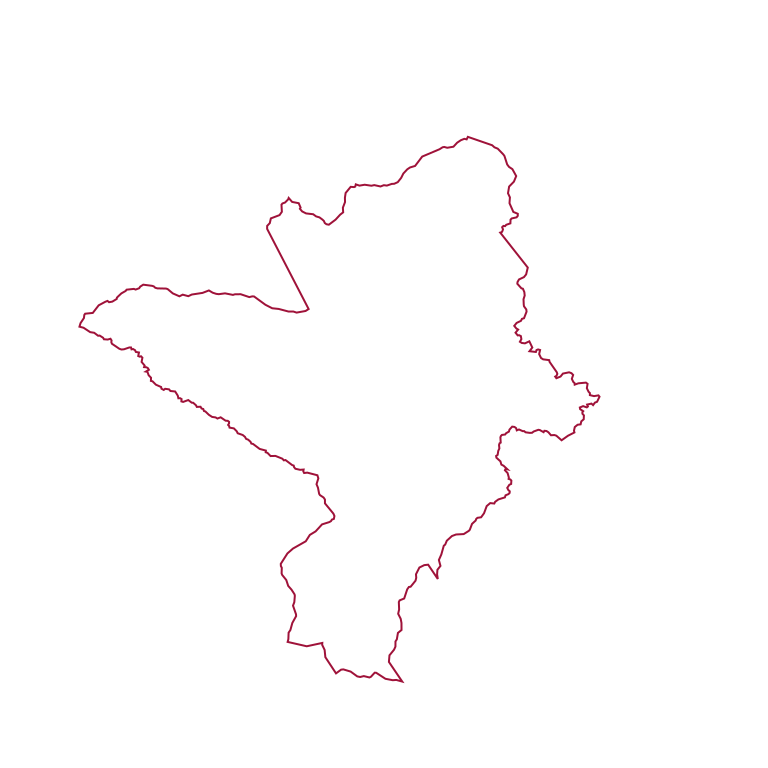 outline of Camapuã, Mato Grosso do Sul, Brazil, rotated 141°
{"feature_id": "56859067B86887033099940", "entity_name": "Camapuã", "entity_type": "district", "adm_level": 2, "iso_a3": "BRA", "parent_name": "Brazil", "parent_adm1": "Mato Grosso do Sul", "projection": "natural_earth1", "projection_center": [-53.845, -19.324], "detail": "fine", "context": "isolated", "style": "outline", "palette": "rose", "viewbox_px": 768, "rotation_deg": 141, "n_neighbors": 0, "source": "geoboundaries", "source_scale": "gbopen_adm2", "svg_char_len": 6166}
<svg xmlns="http://www.w3.org/2000/svg" viewBox="0 0 768 768"><g transform="rotate(141 384 384)"><path d="M558.9,518.0L557.1,518.0L554.4,515.1L554.4,513.0L551.0,509.6L551.6,504.7L552.8,502.3L551.4,501.3L550.8,499.7L552.4,498.0L551.4,496.5L546.2,494.7L545.2,490.5L544.1,489.5L543.5,485.7L543.9,484.0L540.9,481.8L541.2,479.7L540.2,478.3L540.9,476.3L540.1,475.1L539.5,470.3L538.3,466.6L535.9,464.0L535.2,462.0L531.9,460.9L530.2,455.2L528.6,453.7L528.2,452.1L529.2,450.9L530.9,450.3L530.8,448.8L531.5,447.3L528.6,444.0L528.2,439.9L528.7,437.8L525.9,433.3L525.3,430.4L525.7,428.2L524.6,426.2L524.1,423.1L524.6,421.2L523.5,419.8L521.5,411.8L517.7,406.6L518.9,405.4L517.9,403.8L517.5,399.4L513.6,396.4L510.0,389.9L509.9,387.7L508.4,386.9L506.4,378.8L505.5,377.4L506.2,376.0L506.2,373.9L503.2,370.1L500.3,368.1L501.7,366.9L502.1,365.1L499.4,363.4L493.2,355.0L494.4,352.0L499.5,348.6L500.6,344.9L503.5,339.5L503.7,338.0L502.4,333.8L502.6,331.4L505.0,328.4L504.9,315.1L505.6,312.6L507.9,310.7L509.8,311.4L511.5,310.8L513.4,311.1L520.5,313.9L529.9,312.5L536.6,313.4L543.8,311.0L558.3,313.4L565.7,313.1L577.4,309.2L578.7,307.4L579.1,305.5L582.8,301.2L583.3,299.6L583.3,293.2L585.5,287.4L585.3,282.4L585.9,276.8L586.6,275.5L591.0,270.9L594.2,269.0L597.3,260.4L598.4,258.9L605.6,256.0L611.6,251.7L614.6,250.8L618.9,245.9L621.2,244.2L609.1,228.8L594.9,221.6L596.2,220.2L597.5,214.7L601.5,208.6L603.4,189.3L597.1,189.0L595.2,187.8L590.9,181.5L588.8,173.6L586.9,171.3L583.5,169.7L580.0,165.1L578.4,164.7L572.9,165.5L571.8,164.5L568.4,154.0L563.6,148.3L560.7,146.3L557.1,141.3L555.1,164.9L550.5,169.7L543.4,171.2L540.4,172.7L537.1,176.7L534.7,177.5L529.8,181.8L525.2,181.8L520.8,187.3L518.8,191.0L517.6,196.5L514.1,199.3L509.7,205.2L508.0,206.0L503.3,204.6L495.2,209.8L492.4,210.6L490.9,209.7L483.3,211.3L480.9,213.1L478.9,216.0L472.0,219.1L466.7,217.9L463.4,215.8L464.9,198.6L462.5,202.7L459.4,206.0L454.6,207.1L452.1,212.7L446.8,215.4L439.3,220.7L437.5,220.7L433.8,222.7L426.9,223.1L422.7,221.7L416.5,217.2L410.6,216.5L409.1,216.7L403.6,219.9L398.7,220.2L397.3,221.1L395.6,221.2L392.4,219.3L387.6,220.6L381.0,224.5L376.4,224.6L373.5,221.7L371.8,222.5L367.7,222.3L361.4,219.8L359.6,221.0L356.6,220.1L354.9,220.3L353.8,221.5L354.1,223.4L353.6,225.7L350.0,226.8L348.1,226.3L345.8,228.8L345.9,230.3L346.9,231.8L345.8,232.8L344.0,237.0L344.3,240.9L342.9,241.5L341.8,240.1L342.5,245.2L343.5,247.5L342.2,250.6L343.0,256.0L342.2,257.5L340.3,257.4L337.3,260.1L334.9,261.3L333.0,264.2L331.5,265.2L330.2,265.0L327.1,269.3L325.9,270.0L324.4,270.2L321.6,268.5L320.1,268.9L316.8,268.4L315.2,269.6L311.2,270.2L309.6,268.5L309.1,266.5L310.0,264.4L307.7,263.7L305.9,260.1L304.7,259.1L304.4,257.4L301.5,254.3L299.6,252.9L297.6,252.9L292.9,251.3L291.9,250.2L290.3,246.1L288.8,246.7L287.3,245.2L286.6,243.0L286.5,239.1L283.7,237.1L282.6,235.4L281.4,228.5L273.5,228.0L266.5,226.5L265.8,228.1L262.8,230.5L259.2,230.5L256.6,228.9L254.2,230.8L251.0,230.9L248.4,233.8L248.5,236.0L247.6,237.2L246.3,237.5L247.4,241.0L246.6,242.5L243.2,241.5L241.1,238.2L239.7,238.2L239.1,240.2L235.1,238.2L234.8,236.0L231.8,236.8L229.6,236.1L224.5,238.5L224.5,240.2L228.4,242.4L231.0,245.8L229.7,247.4L229.9,249.2L229.0,253.1L225.7,256.0L226.2,258.0L232.5,262.2L236.2,263.5L235.3,264.9L235.6,266.4L234.8,269.8L231.3,272.0L231.5,274.4L232.8,276.6L238.4,279.5L242.1,278.7L246.4,280.0L246.3,282.0L244.8,281.8L242.9,282.8L242.3,284.5L241.4,297.0L240.6,298.6L244.8,303.0L245.6,305.4L244.6,309.6L241.3,312.2L242.5,313.9L244.1,314.4L245.8,313.3L250.3,317.9L245.8,319.0L244.2,325.7L248.9,326.9L251.1,329.2L251.8,331.3L249.0,332.4L247.5,335.1L248.3,336.9L249.5,337.6L249.5,341.1L245.5,341.9L246.2,343.8L246.2,347.2L242.5,348.0L237.8,346.9L235.8,347.8L233.8,347.0L227.7,350.5L226.5,352.4L226.3,356.3L225.4,357.8L222.2,362.1L219.0,364.2L217.1,367.1L216.1,370.6L217.0,371.9L217.3,378.0L216.1,379.2L213.3,380.3L208.0,379.0L204.6,379.7L199.0,384.0L198.4,428.5L197.0,427.9L195.8,428.3L194.2,429.3L193.5,431.5L191.7,431.7L190.6,430.5L188.8,430.8L184.7,429.3L182.2,432.1L180.6,432.3L176.1,430.1L174.2,430.5L172.9,432.1L175.2,436.3L172.7,445.5L168.7,449.8L167.6,454.2L162.5,458.7L155.7,459.5L150.4,462.4L149.0,470.2L150.2,474.0L150.1,477.1L146.9,485.4L146.8,487.3L147.5,495.3L149.2,498.4L149.7,501.5L163.3,523.3L165.8,522.1L167.3,524.0L170.9,525.1L175.3,525.5L180.7,524.7L186.2,527.8L188.0,530.3L189.5,531.1L193.1,531.5L211.2,536.7L222.6,533.9L227.5,535.9L230.8,536.2L236.5,535.4L240.9,533.4L246.3,532.2L250.1,533.2L252.0,534.6L256.9,536.4L259.0,538.6L262.4,539.7L266.4,544.7L269.0,546.0L273.6,551.0L278.2,553.6L280.3,556.9L282.1,555.5L283.4,555.9L285.8,558.2L293.6,556.6L297.2,553.3L299.8,549.9L305.0,546.9L307.7,543.1L311.5,543.2L318.2,542.2L326.6,542.5L328.2,544.4L328.7,546.4L328.1,548.6L328.4,550.6L329.3,554.1L331.3,557.0L332.2,560.5L337.2,565.6L339.0,569.6L339.1,573.1L337.8,573.6L336.5,578.2L340.8,583.3L341.0,588.6L342.3,587.8L346.7,587.3L349.3,588.2L350.8,587.9L355.0,582.1L358.9,581.0L367.7,583.9L371.5,580.9L375.3,580.4L377.2,578.1L395.4,489.7L399.0,490.1L407.0,494.5L408.8,497.3L412.6,500.4L418.6,508.6L423.2,513.2L426.3,520.2L429.9,533.8L431.2,535.0L434.0,536.3L438.9,544.0L443.5,547.6L445.3,548.3L450.5,554.5L455.9,557.8L457.7,559.7L459.7,562.8L461.2,566.9L467.7,569.0L477.1,574.5L480.8,575.4L484.2,580.1L487.8,580.9L491.1,587.3L492.4,593.9L493.3,595.3L499.9,600.9L501.2,602.7L501.5,604.8L502.5,606.3L508.6,612.7L512.2,613.1L514.0,612.5L517.6,613.7L518.5,615.3L524.7,619.3L526.2,618.9L531.1,619.7L535.3,619.4L537.2,619.2L538.2,618.3L543.3,619.0L546.2,620.6L546.6,622.6L548.9,623.3L556.2,624.7L565.6,622.5L572.0,626.7L573.4,626.3L575.7,624.1L581.5,622.3L584.6,620.2L582.1,616.8L579.7,609.2L577.0,606.2L575.8,601.4L574.5,600.6L573.2,596.7L573.5,595.0L570.7,592.4L568.1,591.3L568.3,589.3L569.6,588.1L570.1,586.5L567.5,577.9L566.3,576.0L564.2,574.6L559.0,572.7L557.6,571.6L558.4,569.8L557.0,569.1L556.2,566.9L556.7,565.1L554.6,562.7L557.4,560.4L556.6,558.9L555.4,558.5L555.2,556.5L558.5,553.7L558.4,549.0L559.8,548.1L558.1,546.5L557.5,544.9L557.8,543.0L561.2,543.5L560.2,542.3L561.4,538.9L561.1,535.5L563.2,533.1L562.2,531.8L561.7,527.0L559.1,521.9L559.9,520.4L558.9,518.0Z" fill="none" stroke="#9f1239" stroke-width="2"/></g></svg>